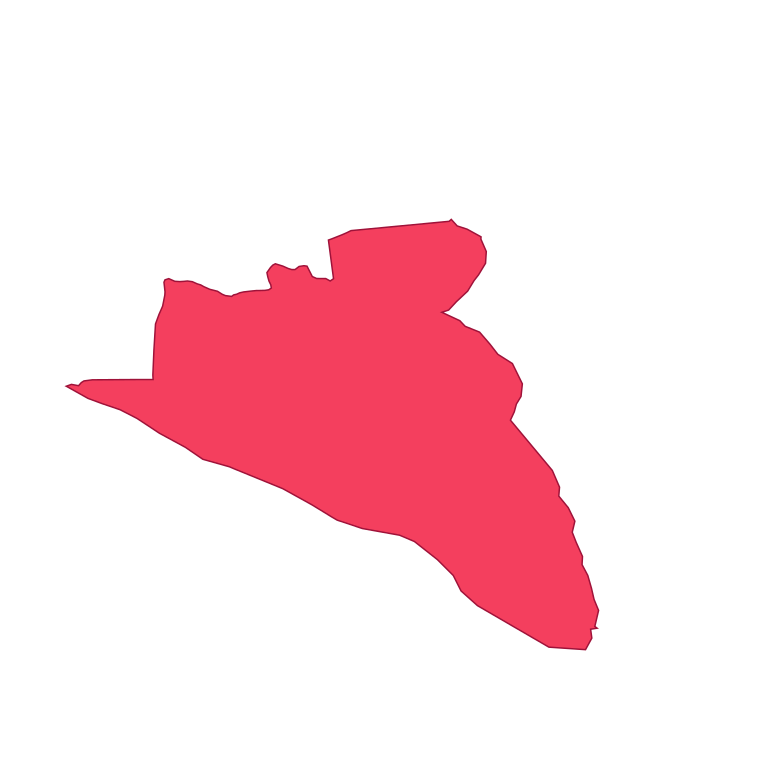 the district of Ajaokuta, Kogi, Nigeria, rotated 113°
{"feature_id": "59680162B23949108035203", "entity_name": "Ajaokuta", "entity_type": "district", "adm_level": 2, "iso_a3": "NGA", "parent_name": "Nigeria", "parent_adm1": "Kogi", "projection": "equal_earth", "projection_center": [6.529, 7.503], "detail": "fine", "context": "isolated", "style": "filled", "palette": "rose", "viewbox_px": 768, "rotation_deg": 113, "n_neighbors": 0, "source": "geoboundaries", "source_scale": "gbopen_adm2", "svg_char_len": 1773}
<svg xmlns="http://www.w3.org/2000/svg" viewBox="0 0 768 768"><g transform="rotate(113 384 384)"><path d="M206.2,386.4L208.8,387.6L255.7,474.3L259.2,477.3L263.1,481.0L271.0,489.0L273.2,491.4L306.8,471.6L310.2,473.8L309.7,478.8L313.2,487.2L313.1,492.0L305.6,500.9L306.4,503.9L309.0,508.1L313.4,510.6L314.7,513.6L315.1,517.2L315.0,523.2L315.8,531.0L318.0,532.8L321.1,534.0L327.2,535.3L330.7,532.9L334.3,530.0L336.9,527.0L339.7,525.2L342.3,526.9L344.3,530.1L346.5,534.9L347.8,537.9L350.4,542.7L354.1,549.2L356.4,552.4L359.0,554.8L360.7,557.2L362.9,558.5L364.6,564.5L364.6,568.1L364.1,571.1L363.7,573.5L364.3,577.5L364.9,581.3L364.8,587.9L364.4,591.4L364.8,595.0L364.7,600.4L366.0,605.2L367.7,608.3L369.5,611.9L371.2,616.7L371.1,623.3L373.7,626.3L376.3,626.3L384.7,621.6L387.8,620.5L393.5,619.3L398.8,618.2L401.1,618.2L408.0,618.3L418.0,617.8L442.8,609.0L466.0,600.3L470.1,598.3L475.8,611.7L494.1,654.1L498.4,661.4L501.0,663.2L504.9,664.5L506.5,671.6L510.2,675.6L512.9,650.8L512.2,635.7L510.8,616.8L512.2,597.9L517.1,571.4L519.9,542.1L524.1,521.3L520.6,493.9L520.6,488.0L519.9,436.3L523.4,402.9L526.8,380.2L527.6,373.9L525.5,347.5L517.1,310.6L517.1,294.5L524.8,266.2L533.2,245.4L544.4,232.2L551.5,211.4L561.8,129.4L549.8,94.7L536.7,93.4L529.0,98.0L525.5,92.4L524.8,95.2L508.6,98.0L500.2,106.5L491.1,113.1L480.6,121.6L472.9,131.1L465.2,133.9L454.6,145.3L446.9,152.8L435.7,154.7L425.9,166.0L418.9,179.3L410.4,182.1L397.8,195.3L367.9,253.5L358.7,253.2L350.7,254.3L341.9,253.0L329.8,256.7L315.0,273.8L312.2,290.8L305.9,302.1L298.9,316.3L299.2,331.8L296.1,338.9L295.4,358.8L290.7,353.4L279.9,349.5L265.9,343.3L253.6,341.5L246.5,339.6L233.2,337.7L222.1,341.6L212.8,351.4L210.6,352.2L209.0,368.0L209.9,378.4L206.2,386.4Z" fill="#f43f5e" stroke="#9f1239" stroke-width="1.5"/></g></svg>